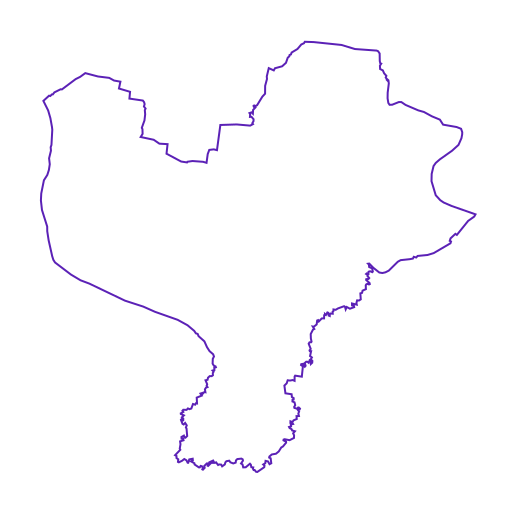 Si Narong, Surin, Thailand, rotated 182°
{"feature_id": "78962969B85026049699572", "entity_name": "Si Narong", "entity_type": "district", "adm_level": 2, "iso_a3": "THA", "parent_name": "Thailand", "parent_adm1": "Surin", "projection": "robinson", "projection_center": [103.876, 14.794], "detail": "fine", "context": "isolated", "style": "outline", "palette": "violet", "viewbox_px": 512, "rotation_deg": 182, "n_neighbors": 0, "source": "geoboundaries", "source_scale": "gbopen_adm2", "svg_char_len": 5978}
<svg xmlns="http://www.w3.org/2000/svg" viewBox="0 0 512 512"><g transform="rotate(182 256 256)"><path d="M464.6,354.1L466.2,346.4L465.3,340.5L466.0,334.7L467.4,329.7L470.6,324.3L472.8,311.0L472.9,304.0L471.5,294.5L465.7,278.1L465.5,273.5L463.8,264.5L459.7,248.8L458.4,245.1L456.6,242.5L440.3,231.0L430.5,225.6L421.6,222.6L385.4,206.8L366.9,201.5L355.0,196.7L332.1,189.5L322.0,184.4L315.1,179.0L313.4,176.6L311.6,176.1L310.6,173.9L304.6,168.9L301.8,163.2L299.1,159.3L295.4,156.3L294.5,154.1L295.6,151.7L295.6,146.9L294.2,144.8L292.6,144.3L292.2,143.4L293.8,142.8L293.6,140.6L295.4,140.0L294.3,138.9L295.1,137.5L294.9,135.3L296.1,134.4L298.1,134.3L299.7,132.7L300.1,130.6L302.1,130.0L300.3,126.1L300.8,124.7L299.9,123.3L301.3,122.8L302.4,121.0L301.8,118.1L302.8,118.3L304.6,116.3L305.4,116.4L305.3,117.1L306.7,116.6L305.3,114.6L310.3,112.4L309.8,106.6L310.8,106.8L311.6,105.3L313.8,105.9L315.3,101.3L317.2,100.6L318.7,101.3L320.0,99.8L323.3,99.8L324.1,98.8L323.2,97.6L325.7,96.1L325.6,95.5L322.5,94.2L324.4,92.2L323.0,90.9L323.0,89.2L323.5,89.0L324.4,90.7L325.3,89.7L323.6,85.7L322.4,85.1L321.0,86.7L319.3,84.3L320.1,82.2L319.4,81.1L318.5,73.7L320.2,71.9L321.0,72.0L321.8,74.0L324.2,72.5L324.0,70.9L322.5,71.0L322.0,69.3L325.4,68.1L324.9,65.2L325.5,60.8L324.9,59.7L329.9,54.1L328.5,53.4L328.4,51.3L326.6,50.1L326.8,47.5L325.9,47.1L322.7,48.8L320.6,50.6L318.4,49.4L317.1,47.0L316.5,47.0L315.6,50.4L312.2,51.2L312.0,49.6L313.8,48.5L310.3,46.7L310.1,45.5L305.6,42.7L304.8,42.8L304.0,44.3L302.7,44.0L301.7,42.2L302.2,40.9L301.6,40.6L299.9,42.5L300.4,44.3L297.9,47.0L296.8,47.0L297.0,44.7L296.5,44.5L294.3,46.9L294.6,47.6L295.7,47.3L295.5,48.2L291.7,50.1L291.1,49.1L293.1,47.7L289.8,47.8L288.7,48.4L286.6,45.8L285.6,46.4L283.5,46.3L282.5,44.6L279.9,46.6L279.4,48.7L278.4,49.9L275.6,50.5L274.4,48.9L271.5,47.9L269.1,48.8L268.9,51.0L267.6,52.4L263.5,53.0L262.2,52.3L261.9,51.0L263.7,48.1L262.2,47.2L261.4,44.3L258.9,44.5L254.8,48.2L253.9,47.3L253.3,44.8L251.4,44.6L251.7,43.4L250.9,42.0L249.9,42.1L248.5,40.4L247.2,40.2L240.4,45.2L240.2,46.8L241.5,47.9L239.5,49.2L239.3,51.6L236.8,51.1L235.2,48.4L233.5,49.4L234.3,54.3L235.8,55.0L235.6,56.1L233.3,58.2L229.1,59.1L226.4,61.5L224.1,65.5L222.4,66.6L219.4,70.5L219.5,71.5L222.1,72.7L222.0,73.5L221.0,73.9L216.0,73.1L211.7,75.5L211.7,78.2L212.7,80.1L211.0,82.2L213.8,82.9L214.4,84.2L216.4,85.2L217.0,86.3L215.0,87.0L215.3,88.8L213.1,89.4L213.8,90.4L215.8,90.5L215.8,92.0L213.8,91.3L212.7,93.1L209.6,94.5L209.9,97.4L207.5,97.6L208.2,100.0L207.5,102.0L209.0,103.9L207.0,104.2L206.7,105.0L208.0,106.1L208.7,106.0L209.3,104.8L212.3,105.5L212.6,106.5L211.6,108.3L212.4,111.1L214.5,111.9L214.5,113.6L213.4,113.9L213.4,115.3L215.2,116.3L215.6,119.1L221.8,119.8L223.1,127.5L220.9,129.8L220.0,132.9L217.7,132.7L215.0,133.3L213.1,132.6L213.2,136.9L212.7,137.8L206.0,137.0L205.3,147.4L207.2,148.6L207.0,149.5L204.6,150.0L204.2,147.8L203.4,147.0L202.6,148.0L203.5,150.8L202.1,152.1L201.0,152.1L199.6,151.1L198.8,153.5L197.4,152.2L197.3,150.1L196.1,151.3L196.0,153.1L197.6,154.7L196.6,156.6L198.5,157.9L197.6,162.8L198.9,162.8L199.2,163.6L198.1,165.1L200.3,170.2L199.5,171.6L197.9,171.7L197.5,172.3L198.3,175.5L198.6,179.9L196.5,184.4L195.2,185.1L196.8,187.5L195.7,187.4L193.0,189.7L192.6,193.7L191.9,194.0L191.8,192.7L191.2,192.5L188.1,195.9L185.8,196.0L185.8,199.2L184.9,199.4L185.0,200.4L184.0,199.6L182.7,202.1L181.8,201.8L181.3,199.0L180.2,198.6L180.2,200.4L179.6,201.1L177.3,201.0L177.5,202.9L176.7,203.6L176.7,205.3L174.5,205.0L172.2,206.5L166.2,208.9L165.3,208.4L164.5,205.8L163.5,208.2L160.3,206.6L156.1,208.3L156.5,209.8L158.3,210.0L158.4,211.9L153.6,210.9L154.0,212.5L153.4,215.2L151.5,215.1L149.8,216.3L150.4,222.3L148.7,222.9L148.3,225.1L145.0,226.7L145.3,230.5L144.9,231.4L143.8,232.1L142.1,231.5L141.3,231.9L141.6,233.0L145.1,235.9L145.0,236.7L142.8,237.0L142.1,237.9L143.9,239.9L143.6,240.9L145.3,241.9L144.7,242.5L143.0,242.2L143.1,243.9L142.6,244.4L141.3,244.7L139.2,243.9L138.7,244.5L139.5,247.7L142.5,248.9L142.9,251.4L143.7,252.2L142.6,252.4L138.3,248.3L132.2,243.8L129.1,243.4L126.1,244.2L122.8,246.0L114.1,255.2L111.3,256.9L102.2,258.2L99.1,258.9L98.3,260.7L95.8,260.1L94.5,261.7L84.6,263.0L78.5,265.1L62.1,275.5L61.6,277.3L62.9,277.9L62.2,280.4L57.5,285.1L56.0,284.1L45.2,298.5L39.3,303.0L38.1,305.3L62.2,312.8L70.3,316.0L73.8,318.2L78.5,323.0L83.2,336.9L83.3,344.2L81.7,352.1L79.6,355.3L75.5,359.1L63.8,368.0L57.5,374.1L54.8,380.9L54.2,384.7L54.2,386.9L55.5,390.3L60.0,391.9L73.6,393.8L77.0,398.7L85.0,401.7L93.2,405.8L98.9,407.2L111.8,412.2L116.1,414.9L118.7,414.8L125.3,411.9L127.8,411.8L129.1,413.6L130.0,418.2L130.1,423.8L129.3,433.1L129.8,436.2L130.4,436.7L130.7,435.9L131.5,436.7L131.3,437.3L132.6,438.9L132.0,440.6L134.3,443.0L135.7,445.9L138.5,447.2L138.8,450.5L137.6,452.6L138.5,452.9L139.1,455.1L139.5,462.7L141.1,464.9L142.6,465.5L164.4,466.3L177.9,469.9L205.8,471.8L214.7,471.8L215.5,470.3L218.1,469.0L221.8,464.3L227.5,460.6L228.1,458.7L229.5,458.0L229.7,456.7L231.2,455.3L232.8,450.1L236.5,446.5L243.6,444.3L244.7,442.1L249.8,444.2L251.5,435.8L251.2,433.3L252.8,426.4L252.6,418.5L255.2,415.5L260.2,406.7L262.0,405.8L263.1,406.4L263.7,405.9L263.4,405.1L261.8,405.1L261.6,404.6L264.0,401.9L264.1,398.1L265.5,399.4L267.5,398.6L266.8,397.6L266.9,394.8L265.4,395.0L263.2,392.6L263.2,390.7L264.3,388.6L263.6,387.7L266.4,386.1L279.9,386.8L296.2,385.7L298.7,360.4L301.9,361.1L306.4,360.4L307.8,356.2L308.7,347.4L312.2,348.3L322.8,348.7L327.8,347.8L328.2,347.1L334.1,347.8L349.0,355.1L348.3,364.7L356.5,364.9L362.3,368.6L375.4,370.9L373.6,374.1L373.9,378.8L374.6,380.1L372.2,387.6L371.7,393.7L372.2,397.9L371.5,399.5L373.2,401.5L372.6,403.9L373.2,405.8L374.5,407.4L388.0,408.9L387.6,415.7L398.8,418.6L397.6,425.5L404.0,426.4L408.9,428.9L420.2,429.9L433.0,432.8L438.0,428.9L442.4,426.5L455.8,415.7L457.1,415.8L463.2,412.5L464.7,410.4L465.6,410.4L467.2,408.7L468.4,409.0L473.9,403.6L468.8,394.2L466.3,386.6L464.4,377.8L464.0,375.1L464.3,359.8L465.0,357.6L464.6,354.1Z" fill="none" stroke="#5b21b6" stroke-width="2"/></g></svg>